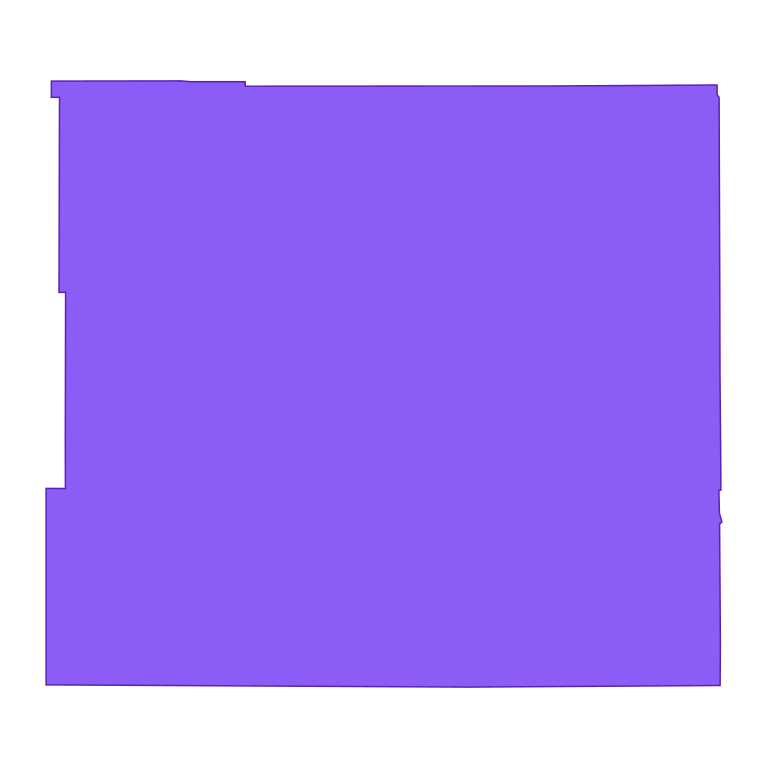 Natrona, Wyoming, United States of America (Robinson projection)
{"feature_id": "52423323B59705980102963", "entity_name": "Natrona", "entity_type": "district", "adm_level": 2, "iso_a3": "USA", "parent_name": "United States of America", "parent_adm1": "Wyoming", "projection": "robinson", "projection_center": [-106.783, 42.966], "detail": "fine", "context": "isolated", "style": "filled", "palette": "violet", "viewbox_px": 768, "rotation_deg": 0, "n_neighbors": 0, "source": "geoboundaries", "source_scale": "gbopen_adm2", "svg_char_len": 469}
<svg xmlns="http://www.w3.org/2000/svg" viewBox="0 0 768 768"><path d="M51.4,81.1L51.3,97.3L59.5,97.3L59.0,292.4L65.6,292.3L65.3,439.0L65.4,488.5L46.1,488.4L46.1,684.9L54.9,684.9L467.6,687.1L720.1,685.5L720.4,646.0L719.6,524.1L721.9,522.1L719.4,513.2L718.9,490.4L720.9,490.1L720.7,455.4L720.0,376.4L719.8,293.1L719.1,97.4L717.1,94.6L717.1,85.0L548.6,86.0L245.2,86.2L245.2,81.7L190.5,81.7L181.3,80.9L51.4,81.1Z" fill="#8b5cf6" stroke="#5b21b6" stroke-width="1.5"/></svg>